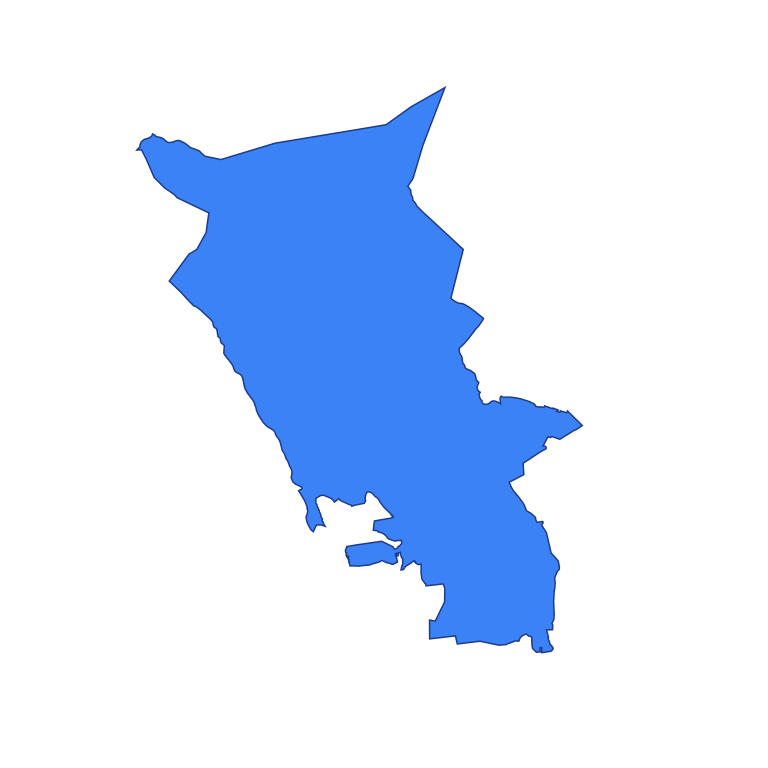 the district of Tlalmanalco, México, Mexico, rotated 255°
{"feature_id": "50627088B86677903952586", "entity_name": "Tlalmanalco", "entity_type": "district", "adm_level": 2, "iso_a3": "MEX", "parent_name": "Mexico", "parent_adm1": "México", "projection": "natural_earth1", "projection_center": [-98.767, 19.207], "detail": "fine", "context": "isolated", "style": "filled", "palette": "blue", "viewbox_px": 768, "rotation_deg": 255, "n_neighbors": 0, "source": "geoboundaries", "source_scale": "gbopen_adm2", "svg_char_len": 6126}
<svg xmlns="http://www.w3.org/2000/svg" viewBox="0 0 768 768"><g transform="rotate(255 384 384)"><path d="M654.6,519.6L644.7,481.7L633.9,453.1L644.8,341.1L643.0,284.6L650.3,270.0L653.9,267.6L656.7,266.1L658.6,263.8L661.5,259.6L663.1,257.7L664.8,256.6L668.1,254.0L671.7,250.0L672.6,248.0L672.7,245.5L672.3,242.5L672.8,238.9L673.8,237.2L678.2,234.1L679.2,233.0L680.2,231.6L681.5,228.7L682.3,227.8L684.0,226.7L685.4,225.1L684.4,224.5L683.2,223.0L682.9,222.3L682.4,219.7L682.3,215.7L680.8,212.3L678.0,210.1L676.0,209.7L675.4,207.9L673.9,205.8L673.0,210.4L663.1,212.5L642.9,215.5L630.2,222.8L621.1,230.6L617.5,232.4L594.6,259.1L577.7,251.9L577.0,252.0L562.5,238.1L560.7,232.3L560.0,229.4L539.0,203.2L525.0,211.7L515.7,216.5L508.6,220.5L507.9,222.1L502.7,226.2L499.5,228.0L491.7,233.0L488.5,234.5L487.8,234.6L484.4,234.3L482.9,234.5L481.0,236.4L479.0,236.6L472.8,235.9L470.9,237.4L469.4,237.5L468.1,237.2L466.9,237.4L466.2,237.3L465.5,237.5L463.4,239.3L462.1,239.6L455.4,237.3L454.3,237.4L452.4,238.0L446.1,240.8L440.7,242.8L439.0,242.8L436.7,243.0L435.3,243.2L434.3,243.7L433.3,244.5L430.9,247.3L428.9,248.6L427.2,249.0L423.2,248.9L418.7,248.5L415.3,248.6L410.3,249.9L401.7,253.3L399.2,253.9L396.9,253.8L394.8,254.2L391.7,254.0L387.5,254.5L383.1,255.7L378.2,257.3L373.6,259.9L372.6,260.7L368.0,265.2L367.2,265.6L365.6,266.1L362.5,266.4L360.9,266.8L359.5,267.6L356.2,268.5L352.9,268.7L346.6,268.5L342.0,269.8L338.1,270.0L336.9,270.2L334.2,271.1L329.0,271.6L325.7,272.4L323.2,272.4L320.6,271.6L317.8,270.1L313.2,270.6L310.4,272.4L305.9,277.6L304.4,277.9L303.6,277.0L303.5,275.1L303.0,273.9L291.7,277.2L286.5,277.8L284.2,277.9L283.6,277.4L281.4,277.6L277.5,275.7L275.9,274.4L274.9,274.1L270.8,273.9L267.0,274.5L262.8,275.5L261.2,276.3L259.6,277.4L265.3,282.3L264.0,287.1L261.8,290.3L265.1,289.4L266.6,289.5L267.4,289.0L268.4,289.0L269.7,289.5L272.5,288.8L274.6,289.1L277.2,288.5L279.1,288.7L279.2,288.3L282.6,288.1L283.3,287.7L284.9,288.0L286.5,287.3L287.4,287.7L289.3,288.0L290.0,288.4L291.3,288.6L292.7,294.0L292.1,297.0L288.2,302.1L287.0,303.5L284.6,305.0L283.9,305.1L282.8,305.7L284.8,310.4L282.1,312.4L276.7,319.1L275.3,321.3L274.3,321.3L274.5,323.7L273.9,334.0L275.8,336.0L278.7,336.2L282.1,337.9L284.0,339.9L283.6,342.0L281.1,344.7L278.5,345.8L277.3,346.6L275.6,348.2L272.7,349.3L271.6,349.4L265.0,352.0L255.3,357.8L255.3,357.2L253.0,358.6L252.9,358.2L253.0,357.0L252.7,356.0L254.2,339.4L252.4,338.5L245.5,335.8L243.7,340.0L242.5,340.1L242.0,341.5L240.4,343.7L238.3,345.9L237.7,345.9L235.7,347.3L234.6,347.3L232.9,348.7L231.9,350.3L230.8,351.6L229.3,354.4L229.3,357.1L229.0,357.7L228.5,360.2L226.3,360.1L225.3,359.6L224.0,357.9L223.6,356.9L223.5,355.8L222.5,355.0L221.7,353.0L221.5,351.8L222.1,351.2L224.4,350.6L232.7,341.0L235.7,315.8L236.6,306.1L236.2,306.0L236.3,305.8L235.7,305.5L233.6,303.8L232.6,303.5L230.8,303.5L230.7,304.1L228.6,303.1L227.3,303.3L226.7,303.2L226.6,304.3L227.4,304.9L227.2,305.1L226.7,305.0L226.4,304.5L225.9,304.2L225.7,304.6L225.5,304.1L224.8,303.9L223.9,304.2L223.9,304.5L223.7,304.7L223.3,304.1L221.6,304.2L221.2,304.4L220.9,303.8L220.5,303.8L219.9,304.3L217.1,304.1L214.4,313.6L214.2,315.8L212.9,323.4L213.2,325.9L213.3,333.5L214.1,336.0L213.6,337.0L210.8,340.2L209.6,342.6L208.1,344.6L207.9,345.3L207.7,345.3L207.6,346.8L207.9,348.4L208.1,348.5L208.4,350.7L208.9,350.9L212.4,351.2L215.2,350.8L216.9,351.0L217.2,351.8L214.5,351.4L214.4,353.1L215.7,354.0L216.7,353.2L217.1,353.2L217.0,353.8L217.3,356.3L214.9,356.0L211.9,356.0L209.9,356.9L209.2,356.4L206.8,356.1L203.7,354.5L203.6,354.1L200.0,352.3L199.7,354.4L200.1,355.3L202.1,357.4L202.5,358.4L203.9,363.0L205.5,367.1L204.5,367.4L204.8,368.1L202.8,368.3L200.8,370.1L200.3,373.2L191.9,370.9L188.7,370.5L185.4,370.2L181.1,371.8L179.9,372.6L179.6,372.4L178.1,372.5L175.6,389.4L171.8,389.8L170.3,389.7L157.8,386.1L141.7,372.1L144.2,366.9L126.0,362.1L122.2,387.8L113.9,387.5L110.7,410.1L102.0,427.4L100.7,434.4L101.3,437.2L101.1,437.7L101.9,444.3L100.7,447.7L103.6,449.8L104.8,451.9L105.5,453.9L105.6,456.7L103.0,458.6L102.5,459.9L101.6,461.1L93.0,459.3L90.0,459.1L85.5,461.7L84.8,465.5L88.8,466.4L88.6,468.1L83.7,466.8L82.6,476.0L82.9,476.8L83.8,478.2L84.8,479.0L85.9,478.9L86.5,478.4L87.9,478.2L89.1,477.3L90.3,477.0L91.7,477.1L95.5,476.7L96.8,476.9L97.0,477.1L97.0,477.3L104.4,477.4L103.0,483.2L107.4,484.6L109.5,484.3L112.3,487.0L117.6,488.8L129.9,491.5L140.5,495.0L142.2,496.0L147.4,497.8L152.7,498.7L158.3,503.1L159.7,505.4L162.2,506.1L168.1,506.5L177.4,501.7L198.5,502.4L207.0,499.7L208.8,501.8L209.9,501.8L210.2,501.5L210.7,496.5L210.9,496.0L211.9,495.6L214.9,495.5L215.6,495.7L216.3,495.6L220.9,492.6L224.4,489.1L225.0,488.8L230.6,488.2L233.7,487.3L241.2,484.3L247.4,481.4L250.5,480.5L256.7,479.4L260.3,495.6L271.5,497.9L272.8,502.1L278.0,517.5L279.5,523.8L280.9,524.2L281.7,524.0L282.1,523.6L283.1,521.6L284.9,523.5L290.6,528.7L289.2,530.9L289.8,532.6L285.1,539.5L290.0,555.8L290.2,556.3L290.0,556.9L290.1,557.5L292.5,564.8L310.4,554.3L308.9,553.0L312.4,547.4L311.2,546.6L312.8,543.7L313.8,545.5L317.0,541.0L316.5,540.5L316.7,540.2L321.3,533.5L319.9,532.4L321.3,529.8L321.5,529.2L321.3,528.3L322.7,525.4L323.3,524.8L324.6,524.6L326.1,523.7L329.4,519.9L334.6,511.7L336.8,507.0L338.8,502.0L340.3,496.1L340.8,495.2L341.8,494.2L341.6,493.4L341.0,492.9L340.2,492.5L339.0,492.1L334.9,491.5L337.7,488.4L338.9,486.5L339.3,485.6L339.5,484.1L339.0,482.4L337.9,480.1L337.8,479.2L337.9,477.4L338.8,475.2L339.5,474.5L340.4,474.1L341.3,473.9L342.4,474.4L344.0,473.4L346.2,472.9L349.1,473.2L350.4,474.0L351.1,474.8L353.4,473.0L357.0,473.1L360.9,475.9L364.1,474.2L368.1,474.5L370.7,474.2L374.9,470.8L377.7,467.0L378.9,466.7L381.6,466.6L383.3,465.8L386.3,465.6L387.7,466.1L390.4,466.2L393.2,465.3L395.4,465.1L399.0,465.9L399.7,467.0L401.9,471.3L405.3,476.5L413.5,487.1L415.1,490.0L420.2,495.9L421.5,497.1L429.8,491.2L436.8,485.6L437.6,484.6L439.5,482.9L441.2,480.7L441.7,479.8L442.6,477.4L444.0,475.4L447.1,472.4L449.1,471.1L450.4,471.3L493.5,495.4L539.8,466.2L547.7,461.6L550.5,461.2L553.9,459.5L557.2,459.9L560.7,459.2L564.2,460.0L568.9,458.2L573.8,464.0L575.3,465.4L604.7,483.5L654.6,519.6Z" fill="#3b82f6" stroke="#1e3a8a" stroke-width="1.5"/></g></svg>